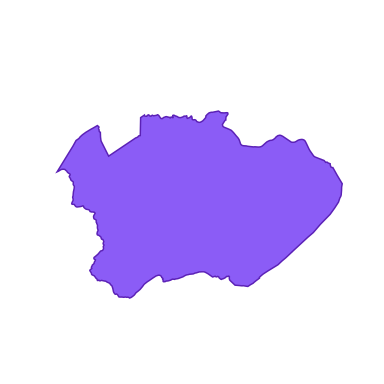 Honey, Puebla, Mexico (Equal Earth projection), rotated 235°
{"feature_id": "50627088B33032017587256", "entity_name": "Honey", "entity_type": "district", "adm_level": 2, "iso_a3": "MEX", "parent_name": "Mexico", "parent_adm1": "Puebla", "projection": "equal_earth", "projection_center": [-98.229, 20.26], "detail": "fine", "context": "isolated", "style": "filled", "palette": "violet", "viewbox_px": 384, "rotation_deg": 235, "n_neighbors": 0, "source": "geoboundaries", "source_scale": "gbopen_adm2", "svg_char_len": 5974}
<svg xmlns="http://www.w3.org/2000/svg" viewBox="0 0 384 384"><g transform="rotate(235 192 192)"><path d="M135.9,321.4L137.8,320.1L138.8,319.9L139.3,319.3L139.6,318.5L141.9,318.3L149.9,313.0L151.2,312.4L152.5,312.3L156.2,312.3L158.3,312.3L160.2,312.5L166.0,313.5L168.8,313.9L170.3,313.6L171.5,312.8L172.3,311.8L173.1,310.2L173.5,308.9L173.6,308.2L173.7,306.0L174.0,304.6L174.8,303.2L175.8,302.0L185.5,298.3L187.0,297.5L188.1,296.6L188.9,294.7L188.9,294.0L188.9,292.4L188.6,291.8L188.4,290.3L188.3,288.7L188.6,287.1L189.4,285.7L189.7,284.8L190.1,282.3L190.0,280.8L189.4,276.2L189.5,274.8L189.9,273.6L190.7,272.2L193.0,269.4L193.6,268.3L197.4,264.0L198.6,262.9L200.2,260.9L201.0,260.1L202.0,259.5L203.3,259.3L207.3,260.5L208.8,260.7L210.3,260.7L212.6,260.4L216.7,260.1L218.7,259.8L220.1,259.5L222.4,258.2L226.6,255.5L227.5,255.1L228.0,255.0L228.7,255.1L229.3,255.5L229.9,255.7L231.7,260.1L231.7,260.4L231.6,261.1L232.0,261.2L232.4,261.5L233.2,262.3L233.8,262.7L234.1,263.1L234.2,263.5L235.1,266.0L236.0,266.6L236.4,266.6L236.9,266.2L238.4,263.6L240.3,261.2L240.5,261.0L241.9,260.6L243.0,260.2L243.4,259.6L243.5,259.2L245.6,254.4L246.3,253.5L247.0,251.5L247.0,251.0L246.8,248.9L246.3,246.9L245.6,246.5L245.0,245.6L244.2,242.2L244.1,241.5L244.2,240.1L244.4,238.8L244.7,238.2L245.2,237.5L247.0,236.3L248.4,236.4L249.3,236.0L249.7,235.7L250.3,234.5L250.9,234.0L251.3,233.9L252.6,234.4L253.1,234.8L254.2,235.1L254.5,235.1L254.7,234.8L254.4,233.8L254.5,232.0L255.0,230.4L255.8,230.5L257.1,231.3L257.5,231.3L257.7,230.7L257.8,230.3L257.9,230.0L258.4,229.5L258.7,228.9L258.8,228.6L258.7,228.0L258.9,227.1L259.4,225.4L260.6,223.9L262.8,222.9L263.5,222.2L264.9,221.5L265.4,221.1L265.7,220.5L265.7,220.1L265.4,219.9L263.9,219.3L263.8,219.1L263.9,218.9L265.0,218.4L265.4,217.8L265.4,217.5L265.1,217.2L265.1,216.9L265.3,216.5L266.5,216.1L266.7,215.9L266.9,215.4L267.7,214.9L268.4,214.3L268.9,213.3L269.0,212.4L269.3,211.6L269.2,209.8L269.6,209.2L270.2,208.7L271.1,208.6L273.3,208.7L274.9,208.3L275.1,207.9L275.2,206.9L276.1,205.0L276.6,204.1L277.7,203.5L277.7,203.0L277.6,202.2L277.7,201.7L278.3,201.4L278.6,201.0L279.0,200.8L279.8,200.9L280.1,200.7L280.3,200.0L280.4,199.3L280.0,198.4L280.3,197.9L280.8,197.3L281.3,196.9L282.0,196.9L282.3,197.1L282.4,192.6L267.9,182.0L268.4,181.1L268.5,180.6L268.4,179.9L268.2,179.4L268.2,178.8L268.3,177.9L268.6,176.9L269.2,144.3L285.6,146.7L286.7,147.1L289.5,148.6L293.5,151.2L293.9,150.9L294.4,150.8L295.2,150.9L296.3,151.6L296.9,151.6L297.4,151.7L297.8,152.0L298.2,152.4L298.3,152.8L298.9,153.1L300.7,152.6L301.1,147.6L301.4,145.1L301.8,139.2L301.7,134.9L301.3,131.9L300.9,130.8L300.7,129.7L300.7,126.6L297.9,120.9L285.9,93.1L285.6,94.7L285.5,97.4L285.1,98.6L284.2,100.0L283.4,100.8L281.9,101.1L281.1,101.4L280.1,101.3L279.3,101.4L278.5,101.6L276.8,102.3L276.2,102.2L275.9,101.9L275.3,100.5L274.9,100.2L272.5,100.1L271.7,99.7L270.9,99.7L269.6,100.1L268.8,100.5L268.0,100.3L266.3,99.0L265.7,98.9L264.7,98.9L263.9,98.7L262.3,97.3L260.2,95.0L256.8,92.1L256.3,91.3L254.3,90.5L253.2,89.6L252.6,88.4L251.9,87.3L251.3,86.7L250.9,86.7L250.4,87.1L249.9,87.8L249.3,88.4L247.1,88.4L246.1,88.8L245.5,89.5L244.0,92.3L243.5,93.6L243.3,94.6L242.7,95.0L241.3,94.6L240.0,94.9L238.6,95.4L237.6,96.4L236.7,97.3L235.7,97.5L234.5,97.3L233.3,98.2L232.4,99.4L231.4,100.4L230.5,100.5L230.0,100.3L229.6,99.2L228.9,97.9L228.3,97.2L227.1,96.6L226.2,96.4L224.3,97.3L223.5,97.2L222.8,96.6L222.2,96.2L221.4,96.2L220.7,95.8L219.7,95.8L218.6,95.3L217.7,94.5L216.8,93.9L216.1,93.6L214.7,93.2L214.2,92.8L213.8,91.9L213.2,91.1L212.7,90.8L212.5,90.4L211.4,89.9L210.9,90.0L210.3,90.6L209.2,91.1L207.5,91.5L206.7,91.4L206.0,91.0L205.3,90.9L204.8,91.3L204.4,91.7L203.7,91.7L202.0,91.3L201.6,90.8L201.3,90.2L200.7,89.6L200.3,89.4L199.7,89.6L199.1,89.4L198.6,89.0L198.4,88.3L198.1,87.9L196.7,87.3L196.1,86.7L195.7,86.0L195.5,85.2L195.6,84.4L196.0,83.7L196.0,83.0L195.0,79.3L194.7,76.3L194.6,75.5L194.6,74.5L194.4,74.0L193.8,73.5L193.1,73.4L191.9,74.0L191.2,73.2L190.5,71.6L189.7,70.9L189.5,70.2L189.3,68.4L188.8,67.8L188.1,66.4L186.9,66.1L186.7,65.6L186.8,64.6L186.6,63.7L186.2,63.2L183.4,63.1L182.3,62.6L181.6,62.6L179.3,63.9L176.4,63.9L175.4,64.2L174.6,64.1L173.8,63.8L173.4,64.2L173.4,64.7L173.0,65.2L172.3,65.4L171.9,65.8L171.7,66.7L171.4,67.3L169.4,69.1L168.4,70.2L167.2,70.6L164.3,72.3L162.8,72.1L161.6,72.5L160.7,72.5L158.4,71.8L155.4,70.5L154.4,70.3L152.7,70.3L152.0,70.8L151.7,71.7L150.9,72.0L149.7,72.1L148.3,71.9L147.8,72.1L147.2,72.8L146.2,74.3L144.9,75.7L144.2,77.2L143.2,78.1L142.7,79.1L141.8,79.8L141.0,80.0L140.6,81.2L140.5,83.2L140.7,85.7L141.6,88.4L141.7,90.9L142.0,93.7L142.9,97.1L143.8,99.7L143.9,100.5L144.1,104.2L144.0,106.3L144.0,110.1L143.9,113.5L143.8,114.6L143.2,116.5L142.8,117.3L142.1,117.9L141.2,118.4L140.1,118.4L139.4,118.2L138.5,118.5L137.8,118.5L137.6,118.0L137.3,117.9L136.5,117.9L135.4,117.1L135.1,117.1L134.9,117.2L134.4,117.7L134.3,118.5L134.1,118.6L133.9,118.8L133.8,120.0L133.3,120.6L133.1,121.1L132.8,121.6L132.0,124.1L132.0,125.2L131.7,126.2L130.3,127.8L130.4,128.2L129.7,129.6L129.1,130.8L127.7,136.0L127.6,138.0L127.2,140.1L126.6,141.2L126.0,142.9L124.2,146.0L123.8,148.1L123.3,149.1L122.3,152.3L121.9,152.8L121.0,154.3L119.8,156.0L118.7,156.8L115.9,158.2L110.6,160.1L110.2,161.1L110.0,161.9L109.5,162.8L108.9,162.9L108.4,163.4L108.2,163.9L108.2,164.4L108.0,164.8L106.9,165.2L106.1,165.0L105.3,165.2L104.0,165.6L103.4,166.2L103.5,166.8L103.0,168.0L102.7,170.2L102.9,171.2L102.9,172.3L102.3,172.8L102.0,173.9L101.1,174.0L100.5,173.5L99.7,172.9L98.4,172.4L97.4,172.5L91.0,173.8L88.5,176.8L86.4,179.2L85.9,180.2L83.3,182.8L82.6,183.6L82.5,187.1L82.2,189.7L82.4,191.0L82.6,193.7L82.7,197.8L83.4,198.1L83.8,200.8L84.0,203.4L83.8,208.9L83.1,220.7L83.9,226.3L84.3,230.9L86.0,242.6L88.5,260.9L89.2,268.1L91.9,278.7L94.5,292.4L97.1,299.8L99.7,306.2L102.3,309.7L103.0,311.2L104.0,312.5L107.4,315.3L110.2,317.4L112.6,319.8L122.3,320.5L131.2,321.4L131.5,320.9L132.9,320.1L135.2,320.9L135.9,321.4Z" fill="#8b5cf6" stroke="#5b21b6" stroke-width="1.5"/></g></svg>